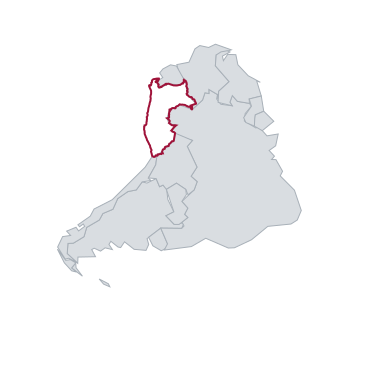 Peru on a map of South America (Albers equal-area conic projection), rotated 38°
{"feature_id": "PER", "entity_name": "Peru", "entity_type": "country or territory", "adm_level": 0, "iso_a3": "PER", "parent_name": "South America", "parent_adm1": "", "projection": "albers", "projection_center": [-73.974, -9.194], "detail": "fine", "context": "in_parent", "style": "outline", "palette": "rose", "viewbox_px": 384, "rotation_deg": 38, "n_neighbors": 12, "source": "natural_earth", "source_scale": "50m", "svg_char_len": 9732}
<svg xmlns="http://www.w3.org/2000/svg" viewBox="0 0 384 384"><g transform="rotate(38 192 192)"><path d="M144.0,319.4L147.3,323.1L157.5,325.8L143.9,326.0L144.0,319.4ZM189.6,239.7L185.3,256.4L190.2,260.0L191.7,266.3L181.7,272.8L169.5,272.8L170.0,279.7L167.6,280.9L158.4,280.8L158.8,284.4L164.7,286.4L157.9,289.5L156.3,294.9L149.6,296.5L148.4,299.1L155.8,302.4L142.2,313.5L145.9,318.6L131.6,317.4L125.9,308.9L130.0,305.4L134.4,293.7L130.8,284.7L136.2,271.1L135.0,263.8L140.3,254.3L137.5,242.9L141.2,231.1L146.8,224.7L146.5,214.7L151.0,212.7L155.5,203.5L163.2,207.8L164.9,204.4L169.6,204.7L177.6,212.8L189.9,218.8L186.1,226.8L197.9,228.5L204.7,221.1L206.3,227.0L189.6,239.7Z" fill="#d9dde1" stroke="#a8b0b8" stroke-width="1"/><path d="M144.0,319.4L143.9,326.0L150.3,326.2L145.7,328.2L135.0,326.4L121.1,319.9L134.6,323.6L137.8,320.2L144.0,319.4ZM142.0,184.9L146.7,192.9L149.0,207.8L152.5,208.3L146.5,214.7L146.8,224.7L141.2,231.1L137.5,242.9L140.3,254.3L135.0,263.8L136.2,271.1L130.8,284.7L134.4,293.7L130.0,305.4L125.9,308.9L131.6,317.4L144.3,318.4L135.6,320.1L133.4,322.9L120.0,318.1L117.5,306.8L123.1,301.0L117.3,300.0L122.3,291.2L126.6,292.5L128.6,285.1L126.0,284.2L124.8,288.6L122.3,288.1L126.7,273.7L125.3,265.7L133.9,247.2L139.8,201.4L138.7,188.2L142.0,184.9Z" fill="#d9dde1" stroke="#a8b0b8" stroke-width="1"/><path d="M172.4,317.7L182.6,315.8L185.6,317.3L179.2,319.0L172.4,317.7Z" fill="#d9dde1" stroke="#a8b0b8" stroke-width="1"/><path d="M189.6,239.7L204.6,247.9L206.8,250.7L204.0,257.2L194.3,258.5L185.7,254.4L189.6,239.7Z" fill="#d9dde1" stroke="#a8b0b8" stroke-width="1"/><path d="M205.9,254.8L204.6,247.9L189.6,239.7L206.3,227.0L206.6,223.7L202.6,221.8L204.4,214.7L199.9,214.2L198.6,207.3L189.8,205.7L192.4,189.0L189.7,180.7L181.6,180.2L180.6,169.3L160.2,159.0L160.6,151.1L148.0,156.4L138.3,156.2L138.7,149.6L131.4,152.0L126.9,149.4L123.7,140.9L128.4,131.1L141.4,126.9L143.7,113.1L141.1,105.8L144.7,104.0L142.1,100.8L152.1,99.5L154.1,103.5L160.8,105.1L170.6,99.3L166.6,97.9L164.4,91.2L172.0,92.6L182.7,86.8L186.0,87.8L185.6,97.4L189.5,103.8L203.0,102.2L203.2,99.2L216.5,101.6L224.2,93.2L229.5,104.1L227.2,111.8L234.9,113.0L234.7,117.4L238.2,114.8L250.6,119.9L251.6,125.0L271.6,127.5L289.5,139.3L292.2,149.3L289.7,156.3L272.9,172.4L268.3,193.0L259.8,209.8L255.1,213.8L231.3,220.0L225.1,235.4L205.9,254.8Z" fill="#d9dde1" stroke="#a8b0b8" stroke-width="1"/><path d="M142.6,156.0L160.6,151.1L160.2,159.0L180.6,169.3L181.6,180.2L189.7,180.7L192.4,189.0L190.6,196.7L185.5,193.8L174.3,194.6L170.2,205.7L164.9,204.4L163.2,207.8L155.5,203.5L149.0,207.8L146.7,192.9L142.0,184.9L146.2,163.1L142.6,156.0Z" fill="#d9dde1" stroke="#a8b0b8" stroke-width="1"/><path d="M155.0,103.0L152.1,99.5L142.1,100.8L144.7,104.0L141.1,105.8L143.7,113.1L141.4,126.9L138.0,124.4L140.8,120.0L127.7,118.1L118.8,108.3L108.6,106.4L101.6,100.9L109.7,91.6L106.2,77.3L108.0,71.8L116.1,67.9L119.5,61.1L135.4,55.8L126.7,69.1L132.7,78.2L153.3,82.2L151.0,96.2L155.0,103.0Z" fill="#d9dde1" stroke="#a8b0b8" stroke-width="1"/><path d="M182.7,86.8L172.0,92.6L164.4,91.2L166.6,97.9L170.6,99.3L157.4,105.3L151.0,96.2L153.3,82.2L132.7,78.2L126.7,69.1L128.6,63.7L132.8,59.0L135.7,58.3L132.3,66.2L135.9,69.2L135.4,61.6L142.0,56.8L149.8,63.5L164.7,65.8L178.3,63.5L174.5,64.6L187.5,73.7L179.8,83.5L182.7,86.8Z" fill="#d9dde1" stroke="#a8b0b8" stroke-width="1"/><path d="M200.6,101.7L191.7,104.1L186.9,101.6L186.0,87.8L179.8,83.5L187.5,73.7L198.8,84.2L194.4,92.2L200.6,101.7Z" fill="#d9dde1" stroke="#a8b0b8" stroke-width="1"/><path d="M209.6,100.4L200.6,101.7L196.2,95.4L194.4,92.2L198.8,84.2L212.9,85.9L209.6,100.4Z" fill="#d9dde1" stroke="#a8b0b8" stroke-width="1"/><path d="M117.6,108.8L116.9,114.9L106.9,121.2L103.5,128.0L95.7,127.6L98.5,119.8L93.2,118.1L93.3,113.0L96.8,105.0L102.2,102.3L117.6,108.8Z" fill="#d9dde1" stroke="#a8b0b8" stroke-width="1"/><path d="M189.2,197.5L189.8,205.7L198.6,207.3L199.9,214.2L204.4,214.7L201.8,225.5L197.9,228.5L186.1,226.8L189.9,218.8L170.2,205.7L174.3,194.6L185.5,193.8L189.2,197.5Z" fill="#d9dde1" stroke="#a8b0b8" stroke-width="1"/><path d="M141.1,126.6L141.1,126.9L141.0,127.0L140.7,127.0L140.4,126.8L140.2,126.9L139.9,126.9L139.6,126.6L139.5,126.4L139.2,126.2L138.7,126.3L138.2,126.3L137.8,126.2L137.5,126.3L137.2,126.5L137.0,126.8L136.7,127.1L136.0,127.2L135.6,127.2L135.3,127.4L134.7,127.4L134.4,127.6L133.0,127.7L132.4,128.0L131.9,128.3L131.2,128.8L130.8,128.9L130.2,129.4L129.6,129.9L129.3,130.1L128.7,130.3L128.4,130.4L128.3,130.5L128.1,132.0L128.0,132.6L127.6,133.3L127.2,133.9L127.0,134.3L126.9,134.7L127.0,134.9L127.3,135.7L127.4,136.0L127.3,136.3L127.2,136.5L126.9,136.7L126.5,136.7L125.8,137.2L124.9,137.9L124.7,138.2L124.5,138.9L124.5,139.2L124.7,139.4L124.8,139.7L124.8,140.0L124.7,140.1L124.2,140.1L123.9,140.2L123.8,140.3L123.8,140.6L123.8,140.8L123.6,141.0L124.1,141.5L124.4,141.8L124.6,141.9L124.8,142.0L124.8,142.4L124.6,142.5L125.0,143.1L125.1,143.3L125.3,143.6L125.3,143.8L125.5,144.1L125.6,144.3L125.6,144.5L126.2,145.0L126.4,145.1L126.4,145.5L126.6,145.8L127.0,146.1L128.0,147.3L128.0,147.9L127.0,149.2L127.8,149.2L128.7,149.2L129.6,149.4L130.2,149.5L130.5,149.6L130.8,149.8L131.0,150.4L131.1,150.8L131.4,151.1L131.4,151.8L133.8,151.8L135.0,151.7L135.4,151.6L135.9,151.1L136.3,151.0L136.6,150.8L136.9,150.3L137.2,150.2L137.5,149.9L137.8,149.7L138.0,149.5L138.4,149.3L138.3,149.6L138.2,149.8L138.2,150.1L138.3,150.5L138.2,150.8L138.0,151.0L137.9,156.2L138.1,156.1L138.4,156.0L138.7,156.3L139.0,156.5L139.4,156.5L139.7,156.4L140.4,156.1L140.8,155.9L141.3,155.9L142.0,156.0L142.4,156.0L146.1,162.9L145.8,163.3L145.8,163.7L145.6,163.9L145.4,164.0L145.1,164.3L144.9,164.5L144.9,166.7L144.8,167.2L144.7,167.6L144.4,168.0L144.6,168.4L144.8,169.3L145.0,169.5L145.2,169.8L145.3,170.1L145.2,170.3L144.8,170.4L144.7,170.6L144.6,171.0L144.2,171.4L143.8,171.9L143.7,172.0L143.5,172.6L143.2,172.8L143.1,173.2L143.1,173.6L143.3,173.9L143.9,174.6L143.9,174.8L143.6,175.2L143.4,175.5L142.9,176.4L142.9,176.5L143.0,176.9L143.7,178.8L143.8,178.9L144.0,179.1L144.4,179.1L144.9,179.3L145.2,179.5L144.5,180.0L144.4,180.2L144.4,180.5L144.5,180.9L144.3,181.0L144.0,181.2L143.7,181.4L143.4,181.8L142.9,182.4L142.8,182.6L142.7,182.8L142.4,182.9L141.9,183.3L141.8,183.5L142.2,183.9L142.3,184.1L142.4,184.4L142.4,184.6L142.1,184.9L141.6,185.2L141.1,185.3L140.9,185.5L141.0,185.8L141.1,186.3L141.1,186.7L141.0,187.2L140.6,187.6L140.0,188.0L139.5,188.1L139.1,188.1L138.7,188.2L138.2,187.9L136.9,186.9L136.4,186.4L135.9,186.2L134.7,185.3L134.6,185.1L134.5,184.2L134.3,183.9L133.9,183.6L132.9,183.2L132.5,183.0L132.1,182.6L131.5,182.4L130.9,181.8L130.5,181.4L130.0,181.1L128.7,180.7L128.0,180.2L126.7,179.7L126.1,179.3L124.8,178.9L124.4,178.6L123.0,177.6L122.1,177.3L121.3,176.7L119.0,175.4L118.6,175.0L118.3,174.4L117.7,174.0L117.2,173.2L116.3,172.7L115.5,172.0L115.2,171.4L114.6,170.7L114.5,170.3L114.0,169.9L113.9,169.1L113.6,168.7L113.8,168.5L114.1,168.4L114.4,167.2L114.2,166.5L113.4,165.4L113.0,164.8L112.8,164.1L112.5,163.7L111.9,162.9L111.6,162.1L110.9,161.5L110.7,161.3L110.6,161.0L110.2,160.8L110.2,160.2L109.9,159.1L109.6,158.5L108.2,157.5L108.1,157.1L108.0,156.3L107.7,155.5L106.2,153.0L105.8,152.2L105.4,151.0L105.0,150.3L104.6,149.1L104.0,148.2L103.7,147.4L103.3,146.4L103.2,145.8L102.5,144.9L102.1,144.0L101.5,143.3L100.8,142.8L100.5,142.4L99.6,140.6L99.5,140.1L98.8,139.1L98.2,138.4L97.8,137.8L97.3,137.3L94.2,135.7L93.2,135.1L92.8,134.8L92.6,134.3L92.7,134.0L93.0,133.7L93.4,133.9L93.7,133.8L93.9,133.4L93.9,132.9L93.6,132.2L92.6,130.9L92.7,130.6L92.9,130.3L92.5,129.6L92.0,129.1L91.8,128.7L92.0,127.2L92.2,126.8L93.7,125.2L94.1,124.6L94.7,124.2L95.3,123.5L96.1,123.0L96.3,123.2L96.4,123.5L96.5,123.6L96.5,123.9L96.6,124.0L96.6,124.4L96.6,124.6L96.6,124.8L96.8,125.2L96.7,125.3L96.4,125.5L96.0,125.7L95.7,125.6L95.4,125.8L95.4,126.0L95.4,126.3L95.5,126.5L96.1,126.6L95.5,127.4L95.5,127.6L95.8,127.7L96.3,127.5L96.7,127.1L97.0,127.0L97.3,127.1L97.8,127.4L98.3,127.6L98.5,127.8L99.2,127.7L99.7,128.0L99.8,128.6L100.0,129.0L100.5,129.7L100.8,129.8L101.2,129.8L101.6,130.0L101.8,129.9L102.1,129.4L102.3,129.4L102.3,129.2L102.4,128.7L102.6,128.5L103.3,128.1L103.4,127.6L103.3,127.3L103.3,127.0L103.6,126.3L103.9,125.5L104.0,125.4L104.2,124.9L104.4,124.6L104.4,124.3L104.5,124.2L104.5,123.8L104.7,123.1L104.8,122.9L105.0,123.0L105.2,123.3L105.4,123.3L105.5,123.2L105.4,123.0L105.4,122.9L105.4,122.7L106.5,121.4L106.8,121.1L109.0,120.4L111.9,119.3L114.5,117.4L116.4,115.1L116.8,114.7L117.5,112.1L117.7,112.3L118.0,112.3L118.1,112.2L118.0,111.2L118.0,110.9L118.1,110.6L117.8,110.3L117.4,109.9L117.2,109.5L117.1,109.2L116.5,108.8L116.5,108.6L117.1,108.8L117.7,108.7L118.0,108.6L118.2,108.3L118.4,108.3L118.6,108.3L119.2,108.8L119.5,108.9L119.7,109.0L119.9,109.0L120.1,109.0L120.3,109.4L120.6,109.5L120.9,109.7L121.6,110.3L121.8,110.6L122.0,111.1L122.1,111.4L122.2,111.6L122.2,111.8L122.4,112.1L122.5,112.3L122.8,112.4L123.4,112.5L123.7,112.8L123.9,113.0L124.2,113.3L124.5,113.4L124.8,113.3L125.1,113.5L125.3,113.8L125.5,114.2L125.7,114.4L125.8,114.7L125.7,115.2L125.8,115.4L126.1,115.6L126.5,115.8L126.8,115.8L127.0,115.8L127.1,116.0L127.4,117.1L127.3,117.4L127.2,117.7L127.3,118.0L128.0,118.2L128.2,118.5L128.5,118.5L128.8,118.5L129.2,118.5L129.5,118.3L130.6,118.6L131.0,118.6L131.4,118.5L131.7,118.4L132.1,118.2L132.4,118.2L132.6,118.0L133.2,117.5L133.4,117.5L134.3,117.8L134.5,118.0L134.8,118.1L135.0,118.3L135.4,118.3L135.8,118.2L136.2,117.9L136.8,117.7L137.1,117.8L138.0,118.3L138.2,118.6L138.5,118.7L138.8,118.8L139.2,119.0L139.5,119.1L139.8,119.2L140.0,119.5L140.3,119.6L140.6,119.7L140.8,119.9L140.8,120.0L140.7,120.1L137.8,124.6L138.7,125.0L138.9,125.0L139.2,124.9L139.3,124.8L139.5,124.7L139.9,125.0L140.1,125.5L140.3,125.8L140.6,126.0L140.9,126.3L141.1,126.6Z" fill="none" stroke="#9f1239" stroke-width="2"/></g></svg>